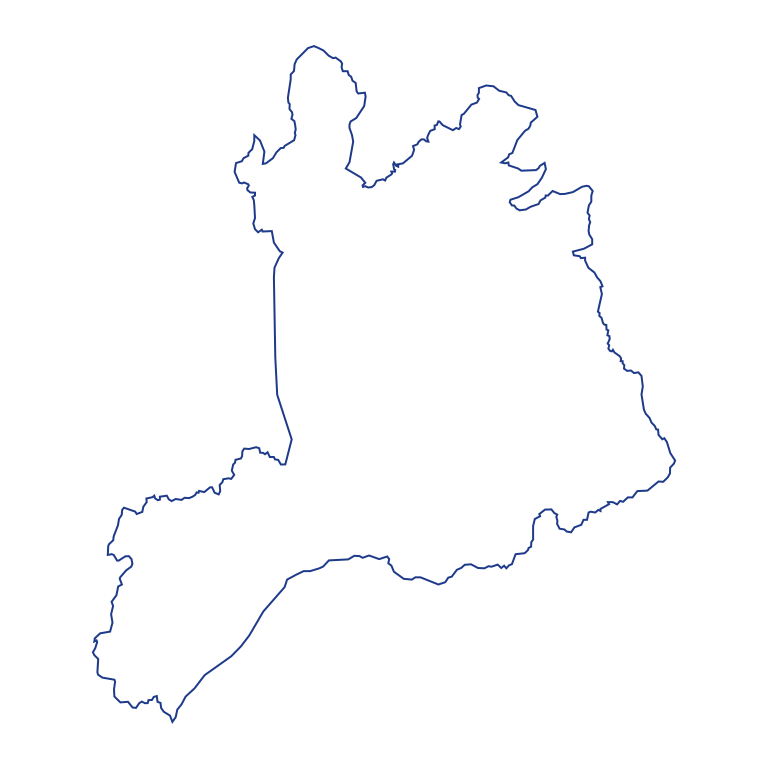 Makhoarane, Maseru, Lesotho (Robinson projection)
{"feature_id": "5366337B32255205566264", "entity_name": "Makhoarane", "entity_type": "district", "adm_level": 2, "iso_a3": "LSO", "parent_name": "Lesotho", "parent_adm1": "Maseru", "projection": "robinson", "projection_center": [27.527, -29.591], "detail": "fine", "context": "isolated", "style": "outline", "palette": "blue", "viewbox_px": 768, "rotation_deg": 0, "n_neighbors": 0, "source": "geoboundaries", "source_scale": "gbopen_adm2", "svg_char_len": 6068}
<svg xmlns="http://www.w3.org/2000/svg" viewBox="0 0 768 768"><path d="M172.4,721.9L175.7,717.1L177.3,709.6L181.5,704.4L185.6,696.6L194.5,688.4L204.7,675.1L231.3,656.2L240.9,646.4L249.2,635.6L263.3,611.5L284.6,587.1L287.1,579.6L296.2,574.7L303.7,571.1L310.3,571.1L319.3,568.3L323.1,566.6L328.9,560.4L348.2,559.4L354.3,555.8L359.6,556.1L362.6,557.8L369.0,555.5L379.2,559.1L387.2,556.5L389.2,559.1L388.3,563.3L391.4,565.6L393.9,571.7L403.7,578.8L411.8,579.6L415.4,577.3L420.4,577.3L438.4,584.5L445.3,582.2L448.3,577.6L451.7,576.7L456.9,569.8L461.3,567.9L464.7,564.8L471.0,564.3L478.0,568.0L484.4,568.3L488.6,566.2L491.5,566.7L497.7,564.6L501.3,568.0L504.1,565.7L506.3,568.3L509.2,565.2L511.9,564.2L515.6,554.2L524.7,553.2L528.0,550.0L528.6,548.0L531.1,546.7L531.3,542.2L533.1,539.6L533.1,526.1L534.8,519.0L540.1,516.2L539.3,514.1L545.0,509.6L551.4,509.4L554.3,513.0L557.2,514.6L556.3,516.9L557.4,520.6L557.1,523.9L559.6,528.7L564.5,529.5L566.6,531.5L571.1,532.3L574.4,527.4L581.3,524.8L583.5,519.8L587.0,519.8L588.6,512.5L590.7,511.7L595.2,512.5L598.3,509.9L600.5,511.0L600.5,508.9L609.0,504.2L607.9,502.1L612.7,502.1L617.1,504.4L620.1,500.9L623.1,501.8L627.8,497.4L632.5,497.4L637.3,491.1L647.5,490.6L658.5,481.5L663.2,481.8L667.8,477.3L670.0,473.4L670.1,467.7L674.0,463.5L675.1,460.5L670.3,453.1L666.9,442.1L664.3,438.2L662.3,439.3L658.5,434.8L658.1,429.6L656.3,429.4L654.8,426.0L651.5,422.6L649.5,417.9L645.7,413.7L643.9,409.6L641.5,394.4L642.8,386.6L641.5,375.9L638.3,372.3L634.1,373.1L630.9,370.5L627.2,370.9L624.0,368.6L624.3,365.1L622.7,363.4L622.6,361.2L620.7,361.1L621.1,358.3L619.6,356.1L614.5,352.5L612.9,349.8L611.9,351.4L610.1,350.9L608.4,348.7L609.2,345.2L607.7,343.6L609.7,339.1L609.4,336.1L607.4,335.3L608.3,330.3L606.5,329.5L606.3,324.9L604.4,324.7L603.0,323.0L601.5,317.8L599.3,315.9L599.6,313.0L597.9,311.7L601.9,294.0L600.3,287.1L602.5,286.3L600.5,281.3L597.2,277.5L594.4,272.5L588.4,267.8L585.1,260.6L585.1,257.7L580.9,258.1L579.7,256.2L573.8,255.3L572.9,251.6L584.0,248.7L592.2,244.3L592.2,239.2L589.3,234.6L588.6,231.1L589.1,225.2L590.2,222.3L588.9,219.0L589.6,215.5L587.5,212.8L588.9,205.4L591.3,201.7L591.3,195.6L592.7,191.0L588.9,186.3L586.4,185.8L582.0,186.8L572.9,192.1L564.9,193.9L560.1,194.1L552.6,191.0L547.9,195.6L545.7,195.5L545.3,197.6L540.5,200.4L538.6,204.0L530.5,206.8L525.9,209.5L519.7,210.3L516.4,208.5L514.3,205.6L511.9,205.4L509.7,202.2L510.5,199.7L518.4,197.2L528.6,191.3L532.3,187.3L537.4,184.2L541.9,177.7L545.9,169.1L544.6,162.9L539.9,165.9L538.5,168.3L536.0,170.1L521.4,170.7L518.1,168.5L508.8,165.4L508.3,162.5L505.1,163.3L501.2,162.5L508.2,157.3L509.1,154.4L512.4,152.9L517.3,140.1L525.1,130.7L528.4,128.8L530.3,125.7L530.8,122.6L537.4,116.8L535.5,110.0L518.4,105.1L514.6,101.4L511.1,95.9L508.6,95.2L506.4,92.5L499.1,90.7L493.5,86.3L486.2,85.5L478.9,88.1L478.9,92.8L477.5,95.1L477.7,97.6L479.1,98.9L476.9,102.6L471.4,104.6L463.8,113.9L461.6,115.0L460.0,124.5L460.7,126.6L459.0,129.1L456.2,128.0L452.9,130.2L442.6,125.1L439.5,121.5L438.3,121.4L436.9,124.9L434.6,125.6L434.7,129.2L430.3,130.8L428.4,134.4L427.1,137.9L428.4,141.6L426.1,141.3L424.0,139.4L421.4,139.4L418.6,141.9L417.4,144.3L413.0,146.1L414.1,149.7L412.1,155.7L402.9,163.4L397.4,164.4L398.3,165.2L398.2,166.7L396.2,165.8L394.0,162.5L393.2,164.3L394.1,169.3L395.2,170.0L395.0,171.6L391.3,171.6L392.1,173.3L391.5,174.4L386.3,177.7L385.1,180.5L383.0,179.3L376.6,180.8L374.3,185.1L371.7,187.1L368.1,187.5L365.3,186.2L363.0,186.9L362.6,185.3L365.3,182.8L361.0,177.5L345.8,168.5L349.5,162.2L353.2,141.6L352.0,135.1L349.5,128.0L349.5,124.5L350.6,121.5L356.3,118.0L364.2,106.0L365.6,96.6L364.9,92.7L358.2,93.5L356.6,91.3L355.7,83.0L352.5,80.7L351.2,76.8L348.7,74.9L347.6,71.2L342.8,71.2L341.6,67.3L342.1,63.6L340.9,61.4L335.6,57.6L333.1,58.2L328.7,55.7L323.6,50.6L318.3,47.9L314.0,46.1L308.0,48.1L296.7,59.5L294.6,64.2L294.0,71.0L290.7,74.5L290.7,79.4L287.9,97.8L288.4,102.5L289.7,104.1L289.5,109.0L292.0,112.2L292.5,114.7L291.4,118.8L294.4,121.2L295.2,125.4L295.7,129.5L294.8,132.9L295.5,135.1L294.1,140.2L284.7,145.9L283.7,147.8L280.7,148.1L276.4,152.4L272.9,158.2L266.0,163.3L262.8,163.9L264.4,151.6L260.0,140.5L254.3,135.2L254.3,141.0L252.2,149.2L248.5,152.8L248.3,155.7L243.5,158.2L241.9,161.2L236.0,163.1L234.6,171.9L239.2,182.7L242.0,183.4L244.1,182.5L248.3,184.3L248.8,185.6L247.1,188.3L247.5,190.2L250.4,192.5L255.0,192.7L255.0,195.5L252.3,196.9L253.8,200.1L254.3,205.2L255.0,218.0L253.3,223.5L255.0,229.2L258.1,232.3L261.8,229.7L262.6,231.5L271.8,231.1L273.9,242.6L279.8,251.2L282.6,252.6L278.8,258.2L274.5,267.7L273.9,277.4L275.3,357.7L277.2,394.8L291.7,439.4L285.3,464.4L280.9,464.5L278.2,459.9L275.0,459.4L273.8,457.0L269.8,457.0L267.6,452.3L265.0,454.2L263.1,452.9L260.2,452.7L259.2,448.2L256.1,447.2L249.1,449.0L244.2,448.6L242.4,451.3L242.1,456.1L240.9,458.5L235.5,459.8L235.0,462.7L233.2,464.5L231.8,470.6L234.2,474.9L231.2,478.9L228.6,478.3L223.3,479.2L222.3,482.3L219.7,484.9L220.2,491.2L218.7,494.4L214.6,492.7L212.1,487.3L210.1,487.3L204.2,492.1L199.1,490.9L198.5,492.8L196.6,492.4L195.3,494.8L192.7,496.6L189.2,498.1L184.6,497.8L181.5,499.9L175.7,499.0L171.6,501.1L168.8,499.3L166.8,495.7L159.9,496.7L159.9,499.6L157.9,500.2L155.1,498.4L154.3,495.7L152.5,497.2L146.4,498.5L146.7,502.1L143.3,506.8L142.3,511.9L136.7,514.0L135.2,511.6L124.0,507.7L122.2,509.8L121.7,514.9L119.0,518.9L118.0,525.2L113.7,536.3L113.2,540.3L109.0,544.2L108.2,546.2L107.8,554.9L111.7,554.2L113.7,554.9L117.1,560.6L118.7,560.6L125.4,556.3L128.9,556.2L131.5,559.1L132.4,563.9L131.3,566.6L126.1,570.4L120.2,577.3L119.7,578.7L121.9,584.5L118.2,586.5L116.4,595.3L111.6,601.8L113.1,606.0L111.1,614.3L112.5,622.6L110.1,631.6L100.2,633.3L94.8,638.3L94.3,641.5L96.5,640.4L97.2,642.0L95.2,648.3L92.9,652.2L94.3,655.1L98.2,659.0L97.4,672.3L98.1,674.7L102.3,677.6L114.4,679.7L115.1,681.7L114.0,689.3L114.4,696.5L120.4,702.4L128.0,701.8L132.6,707.5L136.0,707.9L139.2,703.2L141.8,701.6L145.0,703.2L147.7,703.1L148.5,700.1L151.9,700.0L153.8,696.9L156.8,696.1L157.5,701.8L160.5,702.9L161.1,707.9L163.7,711.7L170.0,715.6L172.4,721.9Z" fill="none" stroke="#1e3a8a" stroke-width="2"/></svg>